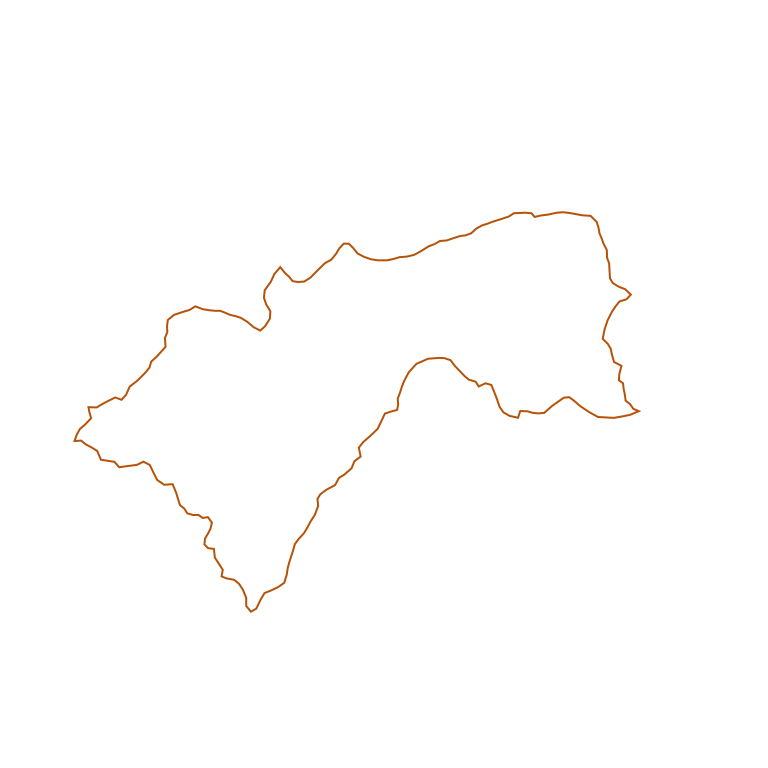 Barão de Cocais, Minas Gerais, Brazil (Robinson projection), rotated 219°
{"feature_id": "56859067B12176821101651", "entity_name": "Barão de Cocais", "entity_type": "district", "adm_level": 2, "iso_a3": "BRA", "parent_name": "Brazil", "parent_adm1": "Minas Gerais", "projection": "robinson", "projection_center": [-43.5, -19.896], "detail": "fine", "context": "isolated", "style": "outline", "palette": "amber", "viewbox_px": 768, "rotation_deg": 219, "n_neighbors": 0, "source": "geoboundaries", "source_scale": "gbopen_adm2", "svg_char_len": 3250}
<svg xmlns="http://www.w3.org/2000/svg" viewBox="0 0 768 768"><g transform="rotate(219 384 384)"><path d="M588.6,144.9L583.8,149.4L577.8,149.4L571.7,150.6L564.8,151.5L556.3,147.0L550.2,150.6L544.5,153.9L537.4,152.7L531.1,159.4L525.1,165.7L522.1,172.2L515.0,173.7L507.3,170.0L500.0,166.7L491.5,167.3L485.2,173.1L477.3,168.8L471.5,164.9L466.4,161.5L460.9,161.5L455.4,159.7L449.6,162.2L445.8,165.5L440.6,165.8L437.1,169.7L430.5,168.0L427.7,162.2L426.6,156.6L425.8,151.2L422.6,146.3L417.4,145.7L412.4,148.8L406.3,142.7L398.1,140.0L392.3,138.1L389.2,132.3L384.5,133.6L377.3,137.5L371.0,137.5L364.3,135.4L356.5,131.1L351.4,124.8L344.1,123.3L341.9,129.0L344.1,138.4L345.3,146.3L341.7,152.7L338.5,159.4L336.4,166.7L339.6,174.6L343.1,180.6L345.9,187.0L349.3,195.9L352.5,203.5L352.8,210.1L352.3,217.7L353.3,224.7L354.6,231.1L355.4,238.8L358.4,247.8L363.3,252.7L364.1,258.2L362.3,265.4L358.4,274.7L359.9,282.7L357.8,288.5L356.2,298.2L358.4,305.3L356.5,312.9L363.5,318.7L363.6,325.9L362.0,335.0L360.7,345.3L362.8,353.9L364.7,361.6L361.2,367.0L357.5,372.1L360.1,377.0L364.1,381.2L366.2,387.6L368.4,393.1L370.4,399.5L372.1,408.6L371.5,420.1L368.4,426.0L365.7,431.3L361.8,435.0L357.5,439.0L353.3,442.1L347.3,444.4L340.6,442.7L331.4,441.5L325.8,440.8L320.6,440.8L314.3,443.5L308.8,441.7L305.6,448.4L300.0,450.8L294.5,447.8L286.6,443.3L279.8,439.0L273.2,437.1L266.3,438.3L258.6,442.1L261.1,448.7L255.5,453.0L250.4,455.1L245.8,458.1L241.3,462.4L239.6,472.6L237.6,479.7L235.7,486.4L231.8,490.3L225.8,490.6L217.8,490.3L207.3,491.2L197.0,493.0L190.6,497.6L184.2,502.2L178.8,508.3L173.3,515.0L168.9,523.2L174.6,521.6L180.1,523.2L185.7,523.1L190.6,527.7L195.1,531.4L198.7,535.0L203.8,534.7L207.5,540.1L210.9,547.5L219.1,545.9L224.9,549.9L230.0,554.1L235.2,556.0L242.5,556.8L246.8,564.9L250.4,574.5L252.3,583.6L252.9,590.0L252.9,596.4L248.9,602.4L248.4,608.8L256.3,609.4L263.0,607.3L269.7,606.4L274.8,608.3L279.7,613.6L285.0,619.5L290.1,622.5L295.1,628.3L302.1,631.4L306.4,634.1L311.3,636.7L316.1,640.8L320.7,643.8L329.3,644.7L336.2,639.8L342.3,636.5L348.3,633.2L353.4,629.8L357.8,625.5L363.1,618.9L368.2,613.6L372.1,608.6L376.8,609.5L381.8,606.2L386.7,601.8L390.5,598.5L392.4,592.7L396.5,586.3L401.3,579.1L404.5,573.6L407.6,569.0L410.1,562.7L411.1,556.0L414.0,551.1L417.9,546.9L421.6,541.4L425.6,535.0L430.5,530.4L432.7,524.6L435.9,519.2L438.7,511.0L441.9,503.2L446.8,497.0L451.7,492.4L455.4,487.0L459.6,481.9L466.5,476.3L472.7,472.7L479.4,470.3L486.7,468.8L493.6,470.3L499.5,470.9L503.6,467.8L504.1,461.4L503.2,455.1L503.2,447.5L505.9,440.8L507.1,431.1L508.1,420.4L510.5,413.4L515.0,409.2L519.7,406.4L525.0,407.6L531.0,408.0L538.2,409.5L538.4,400.4L536.3,392.2L535.7,381.8L531.6,375.5L525.6,371.7L518.1,369.0L513.8,363.0L512.8,353.9L513.8,347.6L521.0,346.1L529.5,346.3L536.9,345.3L542.1,343.3L547.3,340.8L552.7,339.3L557.4,337.8L561.6,334.4L566.1,331.4L571.9,328.1L579.5,325.6L581.7,319.2L585.9,313.1L590.7,305.6L592.3,297.7L589.1,292.5L585.1,288.0L583.2,281.9L577.2,275.5L577.5,269.1L577.8,262.7L579.0,254.8L576.6,249.4L576.6,242.4L577.8,231.2L580.0,222.1L577.7,213.4L578.0,206.6L584.4,204.4L587.4,197.9L589.9,192.2L592.6,184.9L599.1,180.0L595.2,176.7L590.1,173.1L590.7,164.9L592.0,157.7L590.9,151.3L588.6,144.9Z" fill="none" stroke="#b45309" stroke-width="2"/></g></svg>